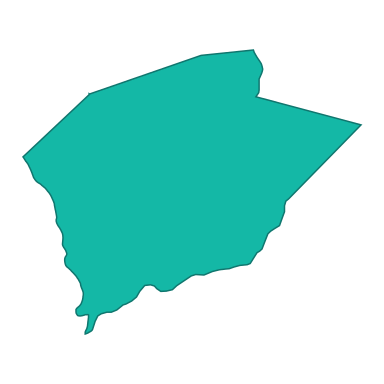 Bois D'Inde, Choiseul, Saint Lucia
{"feature_id": "8701671B38315544372764", "entity_name": "Bois D'Inde", "entity_type": "district", "adm_level": 2, "iso_a3": "LCA", "parent_name": "Saint Lucia", "parent_adm1": "Choiseul", "projection": "orthographic", "projection_center": [-61.052, 13.804], "detail": "fine", "context": "isolated", "style": "filled", "palette": "teal", "viewbox_px": 384, "rotation_deg": 0, "n_neighbors": 0, "source": "geoboundaries", "source_scale": "gbopen_adm2", "svg_char_len": 5571}
<svg xmlns="http://www.w3.org/2000/svg" viewBox="0 0 384 384"><path d="M201.1,55.4L89.9,93.9L89.6,94.0L89.1,93.7L89.1,94.7L23.0,156.9L23.3,157.3L23.6,157.7L23.9,158.2L24.2,158.6L24.5,159.2L24.8,159.7L25.1,160.1L25.4,160.5L25.6,161.0L25.9,161.4L26.3,161.7L26.5,162.1L26.9,162.6L27.2,163.0L27.5,163.5L27.8,163.9L28.1,164.3L28.3,164.7L28.5,165.2L28.7,165.7L29.0,166.2L29.2,166.6L29.4,167.1L29.6,167.6L29.9,168.0L30.1,168.5L30.3,169.0L30.5,169.4L30.7,169.8L30.9,170.3L31.1,170.8L31.3,171.3L31.5,171.8L31.7,172.3L31.9,172.8L32.1,173.3L32.3,173.8L32.4,174.3L32.6,174.7L32.8,175.2L33.0,175.8L33.2,176.3L33.3,176.8L33.5,177.2L33.7,177.7L34.0,178.1L34.4,178.7L34.6,179.0L34.9,179.5L35.3,180.0L35.5,180.3L35.9,180.7L36.2,181.1L36.5,181.5L37.0,181.8L37.4,182.1L37.8,182.4L38.3,182.8L38.7,183.0L39.2,183.3L39.6,183.5L40.1,183.8L40.5,184.1L40.9,184.4L41.3,184.8L41.7,185.2L42.1,185.6L42.5,185.9L43.0,186.2L43.4,186.7L43.7,186.9L44.1,187.2L44.5,187.5L44.9,187.9L45.3,188.2L45.7,188.6L46.0,189.1L46.4,189.6L46.9,190.1L47.1,190.4L47.4,190.9L47.7,191.2L48.0,191.6L48.4,192.0L48.8,192.5L49.1,192.9L49.5,193.4L49.8,193.9L50.1,194.4L50.4,194.8L50.7,195.3L51.0,195.8L51.2,196.4L51.4,196.8L51.7,197.3L51.9,197.8L52.2,198.5L52.4,199.0L52.7,199.5L52.9,200.0L53.1,200.5L53.3,201.0L53.6,201.6L53.8,202.2L54.0,202.8L54.2,203.3L54.3,203.9L54.4,204.4L54.4,204.9L54.5,205.5L54.6,206.1L54.7,206.4L54.8,207.0L54.9,207.5L55.0,208.1L55.1,208.6L55.2,209.1L55.3,209.7L55.5,210.4L55.6,210.9L55.7,211.4L55.8,212.0L55.9,212.5L56.0,213.0L56.1,213.5L56.2,214.1L56.3,214.6L56.4,215.2L56.5,215.8L56.6,216.4L56.7,217.2L56.7,217.6L56.6,218.2L56.5,218.6L56.4,219.1L56.2,219.6L56.2,220.1L56.2,220.6L56.2,221.1L56.3,221.6L56.5,222.2L56.6,222.8L56.8,223.2L57.0,223.7L57.3,224.2L57.5,224.7L57.8,225.2L58.0,225.6L58.3,226.1L58.7,226.6L59.0,227.1L59.3,227.5L59.6,227.9L59.9,228.3L60.1,228.8L60.4,229.3L60.7,229.8L61.0,230.3L61.2,230.8L61.4,231.3L61.6,231.7L61.9,232.2L62.1,232.8L62.4,233.3L62.5,233.7L62.6,234.3L62.7,234.8L62.8,235.3L62.9,235.9L62.9,236.4L62.9,236.9L63.0,237.7L63.0,238.2L62.9,238.8L62.9,239.3L62.9,239.8L62.8,240.3L62.8,240.8L62.7,241.3L62.7,241.9L62.6,242.4L62.6,243.0L62.5,243.5L62.5,244.0L62.5,244.6L62.6,245.1L62.8,245.5L63.0,246.0L63.2,246.5L63.5,246.9L63.7,247.4L64.0,247.8L64.3,248.2L64.6,248.6L64.8,249.0L65.1,249.5L65.5,250.1L65.7,250.5L65.9,251.0L66.1,251.6L66.3,252.1L66.5,252.5L66.6,253.0L66.8,253.6L66.8,254.1L66.7,254.6L66.5,255.1L66.3,255.6L66.0,256.0L65.7,256.4L65.5,256.8L65.2,257.2L65.1,257.7L64.9,258.1L64.8,258.7L64.7,259.2L64.7,259.6L64.7,260.2L64.7,260.7L64.8,261.2L64.8,261.7L64.9,262.2L65.0,262.7L65.1,263.2L65.2,263.6L65.3,264.1L65.5,264.6L65.7,265.2L66.0,265.7L66.3,266.1L66.6,266.6L67.0,266.9L67.4,267.3L67.8,267.6L68.4,268.0L68.8,268.4L69.3,268.9L69.7,269.3L70.1,269.6L70.5,269.9L70.9,270.4L71.2,270.8L71.6,271.3L72.0,271.7L72.4,272.0L72.8,272.5L73.1,272.7L73.4,273.1L73.8,273.5L74.3,274.1L74.7,274.5L75.2,275.1L75.6,275.5L76.0,276.0L76.4,276.5L76.6,276.9L77.0,277.3L77.2,277.8L77.5,278.3L77.9,278.7L78.2,279.2L78.5,279.7L78.7,280.1L79.0,280.7L79.3,281.2L79.6,281.7L79.8,282.1L80.1,282.7L80.3,283.1L80.5,283.7L80.6,284.3L80.6,284.7L80.7,285.3L80.9,285.9L81.0,286.4L81.2,286.9L81.4,287.5L81.6,288.1L81.9,288.7L82.1,289.2L82.4,289.9L82.5,290.3L82.7,290.8L82.9,291.3L83.1,291.9L83.2,292.5L83.3,292.9L83.3,293.4L83.3,294.0L83.3,294.5L83.3,294.9L83.2,295.6L83.1,296.0L83.0,296.6L83.0,297.3L82.9,297.9L82.8,298.4L82.7,298.9L82.6,299.5L82.5,300.0L82.3,300.6L82.1,301.1L82.0,301.6L81.8,302.0L81.6,302.5L81.4,303.1L81.2,303.6L80.9,304.1L80.5,304.6L80.2,305.1L79.9,305.5L79.5,305.9L79.0,306.4L78.6,306.7L78.1,307.1L77.7,307.5L77.3,307.8L76.9,308.2L76.6,308.6L76.3,309.0L76.0,309.5L76.0,310.0L76.0,310.5L76.0,311.2L76.0,312.1L76.1,312.6L76.2,313.2L76.4,313.7L76.7,314.1L77.0,314.6L77.3,315.0L77.6,315.5L78.0,315.6L78.6,315.8L79.1,315.9L79.6,315.9L80.2,315.9L80.8,315.9L81.3,315.8L81.9,315.7L82.5,315.6L83.1,315.4L83.6,315.3L84.1,315.2L84.5,314.9L85.0,314.8L85.5,314.7L86.0,314.7L86.6,314.7L87.1,314.7L87.6,314.6L88.0,314.6L88.5,314.9L88.5,315.6L88.5,316.1L88.5,316.6L88.5,317.1L88.5,317.6L88.4,318.2L88.3,318.8L88.3,319.4L88.2,319.9L88.1,320.5L88.1,321.0L88.0,321.4L87.9,322.0L87.9,322.5L87.8,323.1L87.8,323.7L87.7,324.3L87.6,324.8L87.6,325.3L87.5,325.9L87.4,326.4L87.3,326.9L87.2,327.3L87.0,327.8L86.9,328.4L86.7,328.9L86.4,329.4L86.2,329.9L85.9,330.4L85.6,331.0L85.4,331.6L85.2,332.1L85.2,332.6L85.2,333.2L85.2,334.0L85.9,333.8L86.8,333.4L87.3,333.2L87.7,333.1L88.2,332.8L88.7,332.5L89.1,332.2L89.6,332.0L90.1,331.7L90.6,331.4L91.1,331.1L91.5,330.8L91.9,330.4L92.2,330.0L92.5,329.5L94.7,322.7L95.1,321.3L95.4,320.8L97.8,315.9L101.2,313.8L106.9,312.2L111.3,312.2L115.5,310.5L116.9,309.9L123.1,304.9L126.0,304.0L131.7,301.0L136.5,297.0L139.7,291.4L140.8,290.1L144.7,285.5L146.1,285.3L150.6,284.8L154.4,286.0L155.6,287.3L156.7,288.6L160.8,291.4L162.4,291.3L166.3,291.1L172.4,289.7L176.7,285.7L191.3,275.9L194.8,274.8L195.6,274.5L204.0,275.0L212.4,271.5L219.2,269.8L221.4,269.5L222.6,269.4L225.7,269.0L229.2,268.7L234.0,267.0L239.9,265.4L247.2,264.7L250.2,263.5L257.0,252.7L259.7,251.1L261.0,249.9L262.0,249.0L264.4,242.7L267.9,233.8L270.6,231.2L274.7,228.5L275.2,228.2L279.5,225.6L283.4,214.7L284.5,211.8L284.5,205.7L285.6,202.0L285.8,201.2L288.6,198.9L361.0,124.9L255.9,96.8L258.7,92.7L258.9,91.4L259.1,90.1L259.1,79.0L260.0,77.0L261.7,73.1L262.4,70.8L262.7,69.1L262.4,67.8L262.1,66.4L261.4,64.1L260.6,62.6L260.0,61.7L259.5,60.9L258.1,58.9L256.7,56.8L256.3,56.0L255.7,55.1L255.3,54.3L254.2,52.4L253.4,50.0L226.3,52.8L201.1,55.4Z" fill="#14b8a6" stroke="#0f766e" stroke-width="1.5"/></svg>